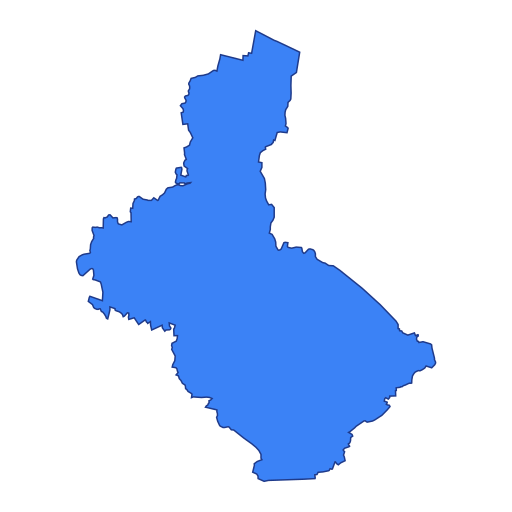 outline of Don Tum, Nakhon Pathom, Thailand
{"feature_id": "78962969B74953703233818", "entity_name": "Don Tum", "entity_type": "district", "adm_level": 2, "iso_a3": "THA", "parent_name": "Thailand", "parent_adm1": "Nakhon Pathom", "projection": "robinson", "projection_center": [100.086, 13.961], "detail": "fine", "context": "isolated", "style": "filled", "palette": "blue", "viewbox_px": 512, "rotation_deg": 0, "n_neighbors": 0, "source": "geoboundaries", "source_scale": "gbopen_adm2", "svg_char_len": 6049}
<svg xmlns="http://www.w3.org/2000/svg" viewBox="0 0 512 512"><path d="M191.1,78.4L190.2,80.8L188.8,83.2L188.8,84.4L189.5,85.7L189.7,87.1L189.6,88.9L188.4,90.7L188.4,91.8L189.0,92.9L188.7,94.5L187.9,95.4L185.4,96.0L184.6,97.0L184.7,97.8L186.1,100.4L185.9,101.9L185.0,103.1L181.9,103.7L180.4,105.7L183.0,108.7L183.5,110.7L183.2,112.1L181.2,112.8L182.9,124.4L187.7,123.8L188.6,130.2L190.3,132.5L192.8,137.8L190.3,142.0L189.5,145.2L186.5,147.0L184.0,147.9L184.6,153.0L184.5,154.6L186.3,159.4L185.0,160.2L183.9,162.4L183.7,163.4L184.1,166.0L187.6,168.6L187.1,169.7L187.0,170.9L188.4,175.0L188.1,175.4L186.3,175.5L185.9,176.8L185.6,176.9L180.8,175.1L181.9,169.3L181.6,167.6L181.3,167.3L176.4,168.1L175.9,169.1L175.3,172.2L176.2,174.1L177.0,174.8L176.6,178.4L176.0,179.6L175.4,182.1L175.7,182.8L176.9,183.5L178.1,183.7L179.3,183.7L179.9,182.8L184.2,182.9L185.0,183.8L187.3,183.0L190.6,182.6L190.1,183.2L187.5,183.8L182.9,185.8L180.3,185.6L178.5,184.8L176.9,184.9L175.1,185.6L172.6,187.1L167.9,187.8L166.3,189.2L164.5,193.0L162.5,194.8L160.1,196.3L158.1,200.3L157.7,200.5L153.8,197.8L151.4,200.4L148.0,200.4L147.3,200.0L143.0,199.2L139.3,196.5L138.4,196.5L137.5,196.9L136.3,198.5L134.5,199.0L134.4,200.6L133.0,203.5L132.7,208.3L130.7,208.1L130.3,211.8L131.0,212.7L131.2,221.7L128.4,221.5L126.4,222.3L121.8,224.9L118.7,224.0L118.1,223.6L117.5,221.7L117.5,219.1L117.1,217.8L116.1,217.6L112.9,217.9L110.2,214.9L109.1,214.8L108.5,215.1L107.3,216.9L106.7,217.2L105.0,217.9L104.0,217.6L103.5,218.6L103.4,219.6L103.2,228.0L101.6,227.7L99.6,227.8L97.2,227.1L95.5,227.4L92.8,227.1L92.2,227.8L92.1,230.4L94.0,235.5L93.5,237.1L93.7,238.3L91.7,241.6L90.6,244.6L90.3,249.1L89.9,250.4L90.4,252.5L89.7,253.3L84.1,254.2L82.3,254.8L79.1,256.6L76.7,260.2L76.4,261.8L77.5,268.8L78.9,273.0L80.0,274.7L81.2,275.4L82.9,275.7L90.1,269.2L91.4,268.6L92.3,268.6L92.8,268.9L93.4,269.9L93.9,275.4L92.7,279.1L93.2,279.6L95.1,279.9L100.4,281.9L101.2,284.1L102.9,292.3L102.4,300.7L89.9,296.3L89.3,297.4L88.3,301.4L92.5,304.6L93.7,307.5L94.7,308.4L96.9,309.3L98.4,309.3L99.2,308.8L100.2,308.8L101.4,311.5L102.7,312.0L104.2,313.8L105.9,316.6L106.3,318.0L106.9,318.5L107.7,318.9L109.0,313.9L109.9,309.9L109.9,306.9L115.0,308.6L115.1,310.0L116.0,310.7L119.3,311.8L120.9,312.9L122.4,314.4L123.2,316.7L124.4,316.1L127.4,312.8L128.7,313.1L128.9,315.4L128.4,317.0L128.8,319.4L134.2,317.8L138.7,324.5L145.2,319.9L145.5,320.0L146.5,322.1L147.3,322.6L147.7,323.4L150.4,321.6L150.6,325.3L151.7,330.0L162.1,325.2L162.4,327.8L164.8,331.2L166.0,330.0L169.5,329.8L170.3,329.3L170.8,328.5L170.7,327.6L169.5,326.1L169.2,322.9L175.2,325.2L174.3,328.4L173.7,329.0L174.0,335.7L177.5,335.6L177.2,338.5L176.3,341.1L172.0,343.3L171.6,345.6L172.3,347.4L171.7,349.4L175.2,356.0L174.8,360.7L172.8,364.6L172.2,367.1L175.9,367.7L176.9,368.8L177.4,371.1L178.1,372.5L176.1,374.9L178.4,375.8L179.3,378.7L181.0,380.5L182.4,383.3L185.0,385.0L185.4,386.2L185.6,388.7L186.7,389.4L188.1,391.5L190.7,393.0L192.0,394.1L191.5,397.6L193.3,396.9L201.5,397.5L206.4,397.1L209.4,397.4L212.1,398.5L210.6,400.1L209.0,400.7L209.1,402.8L208.4,403.4L207.8,405.0L206.4,405.8L205.5,407.2L216.9,409.9L216.9,411.8L217.4,413.5L217.5,415.5L216.6,417.3L217.7,421.3L219.5,425.2L220.2,426.1L223.0,427.5L224.6,427.5L228.3,426.7L229.2,427.2L231.3,429.8L233.7,430.0L244.1,438.3L251.8,443.8L256.0,447.3L258.9,450.5L261.0,454.4L261.0,458.2L261.9,459.7L257.2,461.5L254.2,463.8L254.4,465.2L252.7,472.2L256.7,474.0L258.0,476.0L258.1,478.6L264.1,481.3L268.5,480.4L303.6,479.2L315.0,478.6L315.2,478.0L314.8,474.8L317.0,474.5L318.1,472.3L322.8,471.9L328.4,470.8L329.1,470.5L330.1,468.7L331.8,469.2L332.4,469.0L335.0,461.9L335.4,461.9L336.8,463.8L338.3,464.8L340.6,462.9L345.1,460.7L344.3,456.9L343.5,455.1L344.6,451.7L343.4,450.5L343.2,449.8L344.7,448.2L349.1,446.7L349.6,446.2L348.5,444.6L348.4,443.7L349.3,443.3L349.9,442.6L350.5,440.8L350.7,437.5L352.7,436.1L352.0,434.4L348.6,432.4L349.9,431.7L354.7,427.8L356.1,426.3L363.9,421.0L365.2,420.8L366.6,421.9L367.4,422.1L372.6,421.0L374.8,419.9L382.0,415.2L387.1,410.0L390.0,406.6L389.4,405.3L387.4,404.9L386.3,404.3L387.2,402.7L387.1,402.1L384.3,401.2L384.7,398.7L385.7,397.7L388.3,399.1L389.7,397.5L389.7,396.1L395.7,395.9L395.5,390.7L396.3,390.5L396.2,387.8L400.1,387.3L400.7,386.7L401.9,386.8L403.5,385.6L405.2,385.1L408.5,383.5L410.0,383.1L411.0,383.3L411.7,383.0L411.8,379.9L412.5,375.9L414.0,373.4L415.3,372.0L418.2,370.6L420.0,370.8L422.3,369.7L424.7,368.1L426.1,366.0L431.7,367.8L434.7,364.8L435.5,363.3L435.6,362.2L434.4,359.4L434.5,358.3L432.0,348.2L431.6,344.8L430.5,343.9L423.0,341.7L418.9,342.5L418.5,341.4L417.4,341.3L416.5,339.2L416.8,337.0L418.2,336.0L418.2,334.9L417.9,334.7L415.5,335.6L414.4,332.9L407.8,335.1L402.7,332.8L401.7,331.0L399.6,330.7L399.4,328.9L398.1,328.6L398.1,324.5L396.0,321.1L380.4,304.9L362.2,288.3L339.8,270.3L333.3,265.8L328.7,265.5L325.1,263.1L322.7,262.6L317.1,259.3L315.4,256.6L315.4,253.8L314.8,251.9L313.9,250.5L312.9,249.7L310.0,248.9L308.5,249.2L305.0,252.9L303.7,253.3L302.4,251.7L301.8,248.1L301.3,247.5L296.2,247.1L291.6,248.2L288.6,247.5L287.7,247.0L287.4,246.4L287.9,242.7L285.1,242.3L283.9,242.7L281.2,249.0L279.8,250.0L278.5,250.2L278.0,249.9L275.9,246.2L275.7,242.1L274.7,238.8L272.1,234.4L269.3,233.1L270.3,229.5L270.3,226.8L270.9,223.0L272.9,220.3L274.2,217.2L274.2,207.6L271.6,204.4L268.7,204.8L266.6,201.0L265.5,198.0L265.1,194.0L265.7,189.7L265.3,183.1L264.4,178.5L260.2,171.3L261.9,167.4L261.9,162.7L258.5,162.0L259.4,155.5L260.3,152.7L262.9,150.6L265.7,149.2L265.3,147.4L265.5,146.8L271.6,144.4L271.8,143.7L273.1,142.6L273.6,140.0L274.9,140.5L277.2,132.5L280.2,131.9L287.0,132.7L288.1,128.4L287.7,127.6L285.4,126.0L286.0,123.6L285.6,118.3L284.9,115.3L285.1,112.1L285.7,109.7L287.8,106.3L288.0,102.4L290.1,100.4L290.8,99.0L291.1,93.1L290.9,85.6L291.2,76.1L296.4,72.5L299.7,52.2L277.0,41.4L274.1,40.3L255.7,30.7L251.6,53.3L248.6,52.8L247.9,55.9L243.1,55.6L242.9,60.3L220.6,54.7L219.9,58.8L217.9,65.9L216.9,71.1L215.0,70.3L213.4,70.5L208.4,73.9L203.3,75.3L197.9,75.9L195.3,77.4L191.1,78.4Z" fill="#3b82f6" stroke="#1e3a8a" stroke-width="1.5"/></svg>